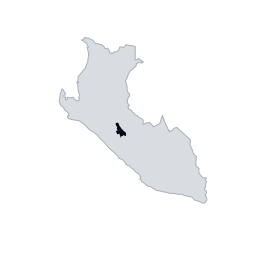 Leoncio Prado, Huánuco, Peru shown in context, rotated 335°
{"feature_id": "86281439B17589046188801", "entity_name": "Leoncio Prado", "entity_type": "district", "adm_level": 2, "iso_a3": "PER", "parent_name": "Peru", "parent_adm1": "Huánuco", "projection": "equal_earth", "projection_center": [-76.069, -8.961], "detail": "fine", "context": "in_parent", "style": "filled", "palette": "ink", "viewbox_px": 256, "rotation_deg": 335, "n_neighbors": 0, "source": "geoboundaries", "source_scale": "gbopen_adm2", "svg_char_len": 6157}
<svg xmlns="http://www.w3.org/2000/svg" viewBox="0 0 256 256"><g transform="rotate(335 128 128)"><path d="M169.6,74.1L169.6,74.8L168.9,75.2L168.3,74.6L167.4,74.8L166.0,73.1L162.8,73.4L161.4,75.3L159.2,75.8L156.9,76.7L154.2,77.0L150.1,80.2L149.1,81.4L147.2,83.3L145.7,83.9L144.9,89.5L143.4,92.8L142.8,94.6L143.6,97.3L143.6,98.7L142.8,99.8L142.1,99.9L140.6,101.0L138.5,103.5L138.1,105.4L138.8,108.0L138.6,108.3L136.8,108.7L136.9,110.1L136.5,110.7L138.0,112.7L138.8,113.2L138.9,113.7L138.7,114.2L138.4,114.4L138.4,114.9L139.4,116.4L140.2,119.4L141.7,120.8L141.8,121.8L142.2,122.8L143.0,123.5L144.9,126.5L144.9,127.9L142.9,131.1L146.2,131.1L149.7,132.2L150.2,132.7L150.6,134.1L150.7,135.1L151.4,135.8L151.3,137.6L156.0,137.6L159.0,137.2L163.9,131.8L164.7,131.4L164.3,132.5L164.2,133.4L164.5,134.3L163.9,135.6L163.8,148.6L164.7,147.9L165.8,149.1L166.6,149.2L169.3,147.7L172.4,148.0L179.5,164.9L178.9,166.1L178.9,166.9L178.0,167.7L177.1,169.0L177.0,175.8L176.2,177.8L176.6,178.8L177.0,181.0L177.7,182.3L177.8,183.1L177.8,183.4L176.7,184.1L176.7,185.3L174.8,187.7L174.5,189.3L173.8,189.9L173.7,191.7L175.3,194.7L174.2,196.4L173.2,199.1L174.8,204.6L175.4,205.3L176.2,205.3L177.2,205.8L177.8,206.6L176.4,207.6L176.2,208.1L176.3,209.9L174.8,211.3L172.9,214.7L172.4,214.9L171.4,215.9L171.2,216.4L171.3,216.9L172.2,218.0L172.2,219.2L170.8,220.8L169.9,220.9L169.5,221.3L169.9,223.5L169.8,224.4L169.5,225.5L168.8,226.8L166.7,228.0L164.9,228.3L161.7,225.1L160.7,223.8L157.6,221.1L157.1,218.3L156.0,216.9L154.1,215.9L152.6,214.4L151.4,213.8L148.6,210.6L146.0,209.6L141.1,206.2L138.5,205.1L135.1,202.0L133.3,201.1L131.8,199.7L127.4,196.6L126.7,195.6L126.0,194.0L125.1,193.1L123.9,191.0L122.3,189.8L120.7,188.1L118.8,183.7L117.8,182.7L117.8,180.7L117.1,179.7L118.1,179.1L118.7,176.0L118.4,174.4L116.1,170.2L115.7,168.4L114.0,165.2L113.4,163.2L112.1,161.8L111.6,160.6L110.8,160.1L110.8,158.6L110.3,155.7L109.5,154.3L106.9,151.6L106.7,148.7L106.1,146.7L102.4,138.5L100.3,130.6L98.5,126.2L97.7,123.7L97.6,122.3L96.3,120.0L95.6,117.9L92.6,113.8L90.9,109.2L90.6,107.8L89.4,105.3L87.5,102.0L86.6,100.7L80.8,96.7L78.1,94.2L77.8,92.9L77.9,92.2L78.5,91.5L79.3,92.0L79.8,91.8L80.2,90.9L80.2,89.5L79.7,87.8L77.9,84.4L78.4,82.8L76.5,78.9L76.9,75.0L77.3,74.1L80.1,70.2L80.9,68.5L82.1,67.5L83.3,65.9L84.7,64.7L85.2,65.1L85.6,67.2L85.5,68.6L85.9,70.1L84.9,71.5L83.8,71.2L83.4,71.6L83.2,72.2L83.4,73.3L83.7,73.7L84.5,73.8L83.4,75.8L83.5,76.2L84.3,76.6L85.0,76.1L85.8,74.9L86.3,74.7L89.1,76.7L90.4,76.5L91.4,77.4L91.5,78.9L92.9,81.7L95.0,82.4L95.3,82.2L95.8,81.1L96.3,81.0L96.4,79.4L98.2,77.7L98.5,76.5L98.2,75.7L98.2,75.1L99.3,71.3L99.6,71.0L99.9,69.7L100.4,69.0L101.0,64.8L101.5,64.8L101.9,65.8L102.5,65.6L102.2,64.6L102.3,64.3L104.3,61.0L104.9,60.2L114.6,55.6L119.5,50.9L123.7,44.2L125.1,37.5L125.5,38.0L126.4,37.8L126.1,35.1L126.3,33.8L126.2,33.4L124.9,31.8L124.4,30.0L123.2,29.0L123.3,28.6L124.5,29.0L125.6,28.9L126.6,27.7L127.3,27.8L128.8,29.4L130.0,29.5L130.4,30.6L131.5,31.4L133.2,33.7L133.9,36.2L133.9,36.7L134.6,38.0L136.2,38.7L137.7,40.5L139.4,41.1L140.1,42.8L140.5,43.3L140.7,44.3L140.5,45.4L140.7,46.0L141.9,47.0L143.0,47.0L143.2,47.5L143.8,50.3L143.4,51.7L143.5,52.5L144.9,53.1L145.3,53.7L146.3,53.9L147.9,53.3L149.8,54.1L151.2,53.8L151.9,53.6L152.6,53.0L153.1,53.0L154.6,51.2L155.0,51.1L156.6,51.9L157.9,53.1L159.6,52.8L160.3,52.1L161.5,51.7L163.6,53.2L164.1,53.9L164.7,54.0L167.0,55.5L167.4,56.1L168.6,56.7L168.9,57.1L168.8,57.7L163.3,69.1L165.0,70.0L166.6,69.4L167.4,70.2L168.0,72.0L169.2,73.3L169.6,74.1Z" fill="#d9dde1" stroke="#a8b0b8" stroke-width="1"/><path d="M119.1,119.5L119.3,119.7L119.3,119.8L119.3,120.0L119.2,120.3L119.1,120.6L119.1,121.0L119.1,121.3L119.2,121.6L119.1,121.8L119.2,122.0L119.2,122.3L119.2,122.5L119.3,122.5L119.3,122.8L119.3,122.7L119.3,122.8L119.2,122.8L119.2,122.7L119.2,122.8L119.2,122.7L119.2,122.8L119.1,123.0L119.0,123.3L118.9,123.5L118.8,123.9L118.7,123.9L118.6,124.1L118.4,124.1L118.4,124.3L118.5,124.2L118.6,124.3L118.5,124.5L118.5,124.8L118.4,124.8L118.4,125.0L118.4,125.3L118.4,125.5L118.4,125.8L118.4,125.7L118.3,126.0L118.2,126.2L118.1,126.3L118.0,126.5L117.9,126.5L117.7,126.6L117.3,126.8L117.2,126.8L117.1,126.7L116.8,126.4L116.6,126.4L116.5,126.5L116.4,126.6L116.3,128.4L116.5,128.4L116.5,128.5L116.8,128.5L117.1,128.6L117.3,128.7L117.5,128.6L117.8,128.6L118.0,128.8L118.1,128.6L118.1,128.3L118.2,128.2L118.3,128.1L118.3,128.4L118.3,128.5L118.4,128.8L118.5,128.8L118.5,128.7L118.6,128.8L118.8,128.8L119.0,128.8L119.3,128.8L119.5,129.0L119.6,129.3L119.6,129.5L119.6,129.8L119.4,129.8L119.2,129.9L118.9,130.1L118.7,130.3L118.5,130.5L118.4,130.7L118.3,130.8L118.3,131.0L118.3,131.3L118.5,131.4L118.5,131.5L118.6,131.8L118.5,132.0L118.7,131.9L118.8,131.7L119.0,131.7L119.0,131.8L119.0,131.7L119.1,131.8L119.3,131.8L119.4,131.7L119.5,131.7L119.7,131.8L119.8,131.8L119.9,132.0L120.0,132.1L120.4,132.1L120.5,132.0L120.6,131.9L120.8,131.8L120.9,131.7L121.0,131.5L121.0,131.4L121.2,131.2L121.4,131.2L121.5,131.2L121.7,130.9L121.8,130.9L121.8,131.0L121.9,130.9L121.9,131.0L122.0,131.1L121.9,131.2L121.9,131.3L121.9,131.5L121.9,131.8L122.0,131.9L122.0,132.0L122.0,132.3L122.2,132.6L122.2,132.8L122.2,133.0L122.3,133.1L122.4,133.3L122.5,133.3L122.6,133.1L122.6,132.9L122.8,132.8L122.8,132.5L122.9,132.2L123.0,132.1L123.0,131.9L123.2,131.5L123.2,131.2L122.9,131.1L122.9,130.9L122.8,130.7L122.7,130.6L122.7,130.4L122.6,130.2L122.5,129.9L122.5,129.7L122.4,129.6L122.3,129.4L122.2,129.2L122.1,128.9L122.1,129.0L121.9,128.8L121.9,128.6L121.8,128.4L121.8,128.2L121.7,128.0L121.6,127.9L121.7,127.7L121.5,127.4L121.5,127.2L121.4,127.1L121.3,126.9L121.2,126.9L121.1,126.7L121.1,126.4L121.1,126.1L121.0,125.8L121.0,125.7L121.0,125.4L120.9,125.4L120.8,125.1L120.8,124.9L120.8,124.6L120.8,124.4L120.8,124.1L120.7,123.9L120.7,123.7L120.6,123.4L120.5,123.2L120.4,122.9L120.4,122.7L120.4,122.3L120.4,122.2L120.5,122.1L120.5,121.9L120.4,121.7L120.5,121.5L120.4,121.2L120.5,121.1L120.5,120.9L120.5,120.6L120.6,120.3L120.6,120.2L120.5,119.6L120.4,119.5L120.4,119.3L120.3,119.2L120.2,119.1L120.2,118.9L120.1,119.1L119.9,119.2L119.8,119.3L119.7,119.2L119.4,119.2L119.3,119.3L119.2,119.4L119.1,119.5Z" fill="#0f172a" stroke="#020617" stroke-width="1.5"/></g></svg>